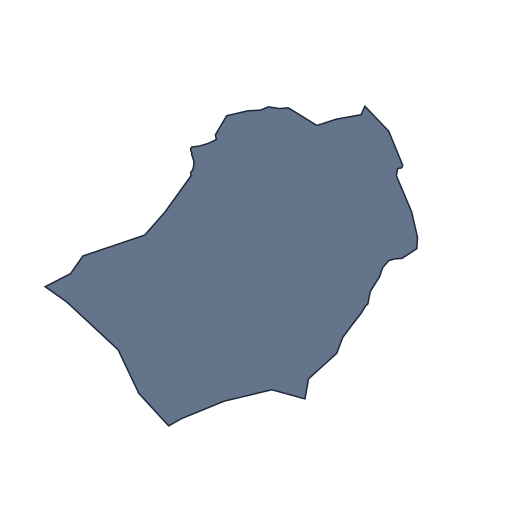 Nariinteel, Övörhangay, Mongolia (Natural Earth projection), rotated 43°
{"feature_id": "93677404B10303080752591", "entity_name": "Nariinteel", "entity_type": "district", "adm_level": 2, "iso_a3": "MNG", "parent_name": "Mongolia", "parent_adm1": "Övörhangay", "projection": "natural_earth1", "projection_center": [101.463, 45.858], "detail": "fine", "context": "isolated", "style": "filled", "palette": "slate", "viewbox_px": 512, "rotation_deg": 43, "n_neighbors": 0, "source": "geoboundaries", "source_scale": "gbopen_adm2", "svg_char_len": 1249}
<svg xmlns="http://www.w3.org/2000/svg" viewBox="0 0 512 512"><g transform="rotate(43 256 256)"><path d="M308.0,439.8L312.3,426.0L331.7,383.9L358.7,343.1L389.3,327.1L378.2,310.0L381.4,272.0L375.0,256.6L373.2,240.4L372.0,226.3L370.2,217.9L370.5,214.7L363.8,204.1L360.6,187.2L356.6,178.2L356.2,169.0L359.5,163.4L364.4,158.2L368.6,141.0L361.4,132.2L339.8,117.6L304.0,101.6L300.2,95.9L300.4,95.0L300.8,94.1L301.5,93.5L301.9,93.1L302.1,92.5L302.3,91.7L302.1,91.0L301.8,90.5L301.4,89.6L268.0,74.2L233.5,72.2L236.5,81.0L221.5,101.0L211.5,119.0L178.5,125.6L172.8,132.0L163.3,138.5L159.7,146.4L150.9,155.5L138.9,173.4L143.6,194.9L147.6,198.0L144.1,206.6L139.5,214.3L134.7,220.0L134.9,221.8L135.7,222.8L136.9,223.6L138.2,224.1L139.0,224.6L139.5,225.5L140.2,226.1L141.1,226.3L142.0,226.8L142.8,227.2L143.6,227.8L144.3,228.1L145.1,228.6L145.9,228.9L146.5,229.5L147.0,230.2L147.7,231.1L148.3,231.8L148.8,232.3L149.0,233.0L149.6,233.7L150.1,234.2L150.3,234.7L150.5,235.5L150.8,236.3L151.3,236.9L151.2,237.4L151.0,238.0L151.0,238.6L151.2,239.2L151.7,239.9L152.3,240.6L152.8,240.8L153.7,241.1L159.5,286.5L160.3,316.7L129.4,374.0L132.4,395.3L122.7,422.3L148.8,418.7L219.1,418.6L264.1,436.4L308.0,439.8Z" fill="#64748b" stroke="#1e293b" stroke-width="1.5"/></g></svg>